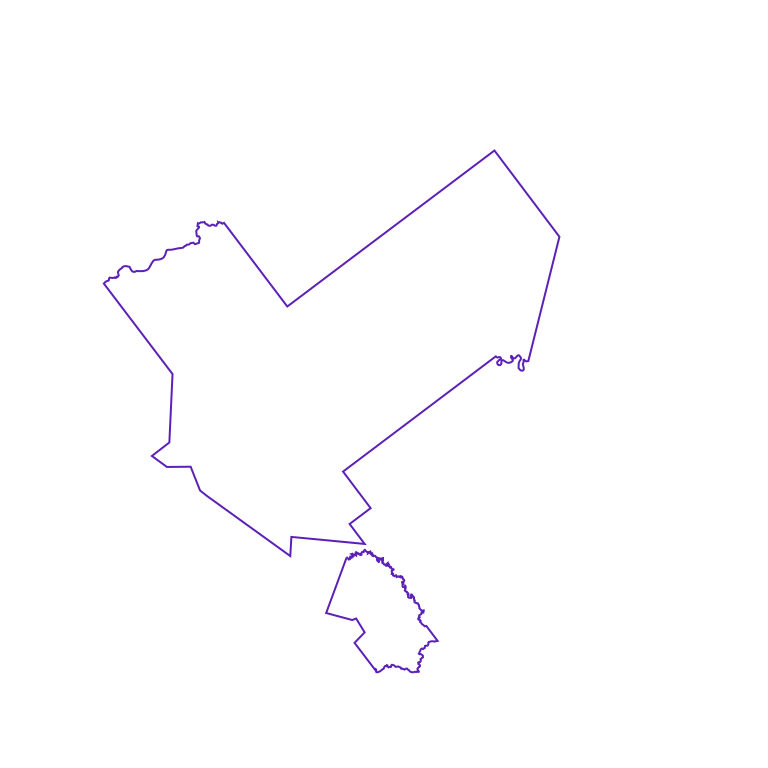 the district of Ambunti/Drekikier District, East Sepik, Papua New Guinea, rotated 143°
{"feature_id": "67681753B88786401502909", "entity_name": "Ambunti/Drekikier District", "entity_type": "district", "adm_level": 2, "iso_a3": "PNG", "parent_name": "Papua New Guinea", "parent_adm1": "East Sepik", "projection": "natural_earth1", "projection_center": [142.509, -4.218], "detail": "fine", "context": "isolated", "style": "outline", "palette": "violet", "viewbox_px": 768, "rotation_deg": 143, "n_neighbors": 0, "source": "geoboundaries", "source_scale": "gbopen_adm2", "svg_char_len": 6143}
<svg xmlns="http://www.w3.org/2000/svg" viewBox="0 0 768 768"><g transform="rotate(143 384 384)"><path d="M495.7,267.9L495.7,292.9L469.4,292.9L469.4,338.7L278.1,338.8L278.0,337.7L277.7,337.3L277.2,336.7L275.8,336.2L275.2,335.6L275.0,334.5L275.3,333.9L275.7,333.7L278.0,333.8L280.4,333.4L281.2,332.2L281.3,331.0L281.0,330.1L280.5,329.6L279.8,329.2L278.3,329.4L276.2,331.8L275.5,332.0L274.5,331.3L273.0,327.3L272.1,326.2L270.9,325.4L269.5,325.0L267.5,324.9L267.1,325.1L266.6,326.0L266.6,328.4L266.2,329.4L265.5,329.8L265.2,329.5L265.3,327.5L264.8,326.2L264.1,325.8L263.0,325.8L261.2,326.2L259.6,326.2L258.9,325.5L258.8,323.0L259.0,322.2L260.0,321.4L261.9,320.7L263.9,319.5L266.9,315.8L266.9,314.1L266.6,312.6L266.0,311.8L265.4,311.3L264.7,311.2L263.6,311.5L262.7,312.7L261.3,316.2L259.1,317.7L258.1,319.3L257.6,319.2L257.1,317.1L256.6,316.3L254.9,315.5L155.3,396.0L155.3,504.0L414.6,504.1L414.8,609.0L416.5,609.2L416.8,609.7L416.9,610.7L417.5,611.1L418.0,612.2L418.7,612.4L419.0,613.1L419.3,612.5L419.6,612.3L420.9,612.3L422.4,611.4L422.8,611.4L423.7,612.2L424.3,613.6L425.3,614.7L427.6,614.9L428.0,615.2L429.0,616.4L429.0,617.6L429.7,618.4L429.7,618.8L430.1,619.6L429.9,621.4L431.1,621.9L432.9,623.3L435.5,623.6L435.9,623.8L436.0,624.2L438.0,622.3L437.1,621.1L437.5,620.3L441.5,619.5L442.2,618.7L444.4,614.9L444.3,614.3L443.0,613.4L443.0,612.0L443.3,611.1L445.3,609.9L446.6,608.1L447.0,608.1L450.9,609.5L451.2,611.6L454.0,613.0L455.1,612.7L455.9,612.8L457.8,614.0L458.9,613.7L460.5,614.1L462.1,613.8L463.3,614.2L466.7,616.2L472.7,619.0L475.5,621.0L476.5,621.5L477.3,621.5L481.1,618.8L483.8,617.7L485.6,617.7L488.8,618.8L492.0,620.9L493.6,621.3L496.5,620.4L501.6,618.1L503.5,617.6L505.9,618.0L508.3,619.1L509.9,620.2L512.7,622.3L513.5,623.2L515.4,623.5L516.4,624.2L517.3,625.5L517.3,627.2L517.0,628.8L517.1,629.3L516.7,630.7L519.0,633.3L519.8,634.0L520.8,634.4L522.3,634.8L523.2,634.4L526.5,634.4L528.7,633.8L529.2,633.5L530.5,630.4L531.4,630.0L532.2,629.9L532.6,630.5L532.9,630.6L533.2,630.0L534.1,630.0L535.0,630.6L535.0,631.2L536.7,631.8L539.0,634.0L540.1,633.8L540.6,633.1L541.6,632.3L543.6,633.0L545.0,633.2L547.3,632.8L546.9,519.2L590.6,466.5L612.7,466.2L607.3,448.4L588.2,434.3L595.0,409.6L592.8,401.2L562.4,303.0L550.0,317.6L495.7,267.9ZM495.8,146.6L495.8,165.3L497.3,166.0L497.6,167.8L498.2,169.5L498.0,170.5L498.4,172.2L498.2,172.5L497.4,172.6L497.2,173.0L497.4,174.4L498.1,174.8L498.1,175.8L497.7,176.2L496.2,176.2L496.3,176.8L495.9,177.4L495.4,177.3L495.0,178.1L492.7,177.8L492.3,178.0L491.7,178.8L491.4,178.8L491.0,178.3L490.2,177.8L490.1,178.0L490.2,178.4L489.9,178.7L488.8,178.8L488.6,179.2L489.5,179.3L489.5,179.9L490.4,180.4L490.7,183.7L490.0,184.3L489.9,185.5L489.1,186.4L489.2,187.5L489.0,188.6L489.7,189.0L489.8,189.5L490.5,190.2L490.9,191.6L489.7,192.6L490.0,193.2L489.9,193.6L488.4,195.5L488.9,196.0L488.5,197.2L488.5,199.1L489.0,199.4L489.2,198.8L489.5,198.6L490.1,198.7L490.1,198.0L491.0,196.8L491.3,196.9L492.0,197.9L492.6,198.1L493.0,199.3L492.1,200.6L491.6,200.8L491.7,201.4L491.1,201.3L490.8,201.8L490.7,202.7L491.2,203.7L490.8,204.3L491.4,205.1L491.7,206.5L490.6,206.9L490.4,208.0L490.1,208.3L489.3,208.2L488.5,209.4L488.5,210.1L489.5,209.9L490.7,210.2L491.1,210.7L491.1,211.0L490.1,212.5L489.0,212.5L489.2,213.8L489.1,214.6L488.8,214.9L488.4,215.0L488.0,214.7L487.7,213.9L486.1,214.9L485.9,215.2L485.9,216.2L486.2,216.6L486.2,217.1L485.8,217.9L486.3,218.9L486.1,219.0L485.5,218.7L485.4,219.0L486.3,220.6L486.6,220.7L487.3,219.9L487.6,220.3L488.0,221.5L489.0,221.7L489.3,222.4L489.9,222.4L489.4,223.3L489.5,224.0L491.3,224.2L491.3,224.8L492.0,225.7L491.0,226.9L491.4,227.2L491.9,227.3L492.1,227.6L491.1,228.0L491.2,228.8L490.2,230.2L489.9,230.4L489.2,229.9L488.0,230.0L487.9,230.3L488.7,231.2L488.9,231.9L488.5,233.8L488.6,234.1L488.9,234.1L489.4,233.4L489.6,233.6L489.6,235.5L490.4,236.6L489.9,237.5L489.2,236.4L488.6,236.8L488.6,237.2L489.0,237.8L488.6,238.8L490.5,238.6L490.9,237.5L491.7,237.5L491.9,237.8L491.8,238.9L492.2,239.6L492.5,239.7L492.6,240.2L492.3,240.7L492.3,241.4L492.9,241.8L493.0,242.2L492.0,243.3L491.3,243.3L491.1,243.6L491.8,244.2L491.5,244.6L490.6,244.3L489.5,245.6L490.3,246.0L492.4,246.0L492.3,247.4L492.7,247.8L493.2,246.7L494.1,246.5L495.0,245.0L495.4,245.1L495.4,245.6L495.0,246.3L495.4,246.3L495.7,246.7L495.5,247.6L495.1,248.4L494.4,248.6L494.1,249.1L494.1,250.0L494.5,250.5L494.5,252.0L495.1,252.5L495.4,253.2L496.2,253.0L496.7,254.2L495.7,255.0L495.3,255.7L495.3,256.1L495.9,256.5L496.5,256.0L496.9,256.2L496.8,256.9L495.9,257.6L495.7,258.4L498.8,258.4L497.8,259.4L498.8,260.3L499.3,262.4L499.0,262.6L499.1,263.1L500.4,263.0L501.5,262.0L502.5,263.0L504.0,262.3L504.7,262.6L505.1,262.3L504.9,261.3L505.5,261.4L506.2,262.3L506.1,262.8L506.3,264.0L507.1,265.6L507.4,264.6L507.8,265.1L507.6,266.2L508.4,266.1L508.6,265.0L509.4,263.9L509.7,264.9L511.3,266.6L511.4,267.5L512.4,267.8L512.0,266.7L513.0,265.5L512.2,264.9L513.4,264.7L513.6,265.4L514.8,266.5L515.8,265.8L515.1,264.9L516.7,264.7L516.9,265.3L517.7,265.1L518.0,267.4L518.6,267.1L519.1,267.4L568.0,235.9L551.4,214.6L547.4,213.5L548.9,197.3L563.3,195.0L563.1,161.1L562.6,161.9L562.3,161.7L562.1,160.6L563.3,159.1L563.5,158.4L562.9,157.8L561.0,157.1L558.8,156.9L556.9,157.1L555.8,156.8L553.6,158.0L552.4,158.0L551.9,157.2L550.9,157.7L550.6,157.1L551.1,156.0L550.8,154.9L549.8,154.7L548.9,153.9L548.4,154.0L547.4,155.0L546.6,155.0L545.2,153.1L545.1,151.7L544.8,151.0L542.6,149.8L541.3,147.4L541.7,146.5L540.6,145.3L540.3,145.3L539.5,143.6L537.6,143.4L536.9,142.9L536.7,141.1L536.3,140.4L536.3,138.8L535.5,137.3L533.9,136.0L532.6,135.7L531.7,134.6L531.1,134.7L529.6,133.2L529.2,133.4L529.0,135.8L528.6,136.5L526.6,137.0L526.1,136.7L524.8,137.2L524.6,138.1L525.0,139.7L524.5,140.6L524.1,140.1L523.1,140.8L522.2,140.2L521.1,140.9L520.4,142.2L520.1,142.1L518.4,142.5L517.5,142.2L516.5,143.5L516.5,144.2L517.0,145.9L517.3,146.3L518.0,146.6L518.5,147.6L514.1,150.0L513.0,149.9L512.4,148.8L511.4,149.1L510.5,148.6L509.1,149.7L508.9,150.1L508.3,150.0L507.1,149.0L506.3,148.9L505.1,149.5L504.7,149.9L504.5,150.6L503.5,151.0L500.8,149.9L499.5,148.9L498.7,147.8L498.0,147.7L495.8,146.6Z" fill="none" stroke="#5b21b6" stroke-width="2"/></g></svg>